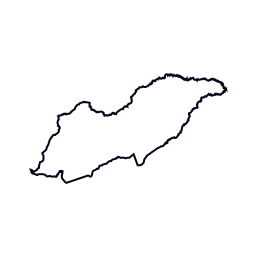 Itiquira, Mato Grosso, Brazil, rotated 161°
{"feature_id": "56859067B35371788967725", "entity_name": "Itiquira", "entity_type": "district", "adm_level": 2, "iso_a3": "BRA", "parent_name": "Brazil", "parent_adm1": "Mato Grosso", "projection": "orthographic", "projection_center": [-54.701, -17.321], "detail": "fine", "context": "isolated", "style": "outline", "palette": "ink", "viewbox_px": 256, "rotation_deg": 161, "n_neighbors": 0, "source": "geoboundaries", "source_scale": "gbopen_adm2", "svg_char_len": 5885}
<svg xmlns="http://www.w3.org/2000/svg" viewBox="0 0 256 256"><g transform="rotate(161 128 128)"><path d="M73.0,165.4L73.6,166.0L74.7,166.3L75.7,165.8L76.5,163.8L76.8,163.5L77.6,163.7L77.9,163.4L78.5,164.3L79.2,163.8L79.8,164.0L80.7,163.8L81.7,165.1L81.8,164.8L82.6,165.0L82.6,164.6L83.5,164.8L83.8,164.4L84.0,164.7L85.1,164.7L86.7,164.3L86.8,163.8L87.3,164.1L87.5,163.7L88.6,164.3L89.0,164.2L89.2,164.6L89.6,164.4L90.4,162.9L90.7,163.3L91.6,162.3L92.3,162.6L92.3,162.1L92.6,161.9L93.1,162.1L94.5,161.8L95.0,161.3L98.1,161.1L99.5,161.5L100.2,162.6L100.6,162.6L101.2,162.2L101.8,162.1L104.1,162.8L104.9,161.8L106.3,161.8L107.4,161.2L107.9,161.3L108.5,160.5L108.4,159.9L109.1,159.6L110.6,158.1L111.7,158.0L113.1,156.8L114.8,156.5L115.2,156.1L114.9,154.8L115.5,153.9L115.5,152.5L116.5,150.9L118.4,150.4L119.6,150.7L119.9,150.2L121.6,149.4L121.7,148.4L122.1,148.8L123.8,149.4L124.2,148.8L125.1,149.0L126.3,148.2L126.6,147.5L129.0,148.0L129.9,147.5L131.8,147.1L133.9,146.0L134.7,145.0L135.1,145.5L136.2,145.7L136.0,146.3L136.2,146.6L136.6,146.3L137.5,146.9L137.7,147.3L138.6,146.9L139.7,146.0L140.7,146.1L140.9,146.5L141.4,146.3L142.4,146.6L142.7,146.3L143.4,146.4L144.8,147.3L145.8,147.3L145.5,147.8L146.5,148.5L146.2,149.5L146.5,149.8L146.2,150.1L147.1,151.8L148.7,152.4L151.0,152.7L151.3,153.1L152.2,152.9L153.1,153.8L153.1,154.3L154.0,154.9L154.0,155.7L154.3,156.1L155.1,156.2L155.5,156.8L156.5,157.0L156.7,157.4L156.2,158.6L156.8,159.5L156.4,160.3L156.7,160.4L156.7,160.8L157.3,161.0L156.5,163.4L156.1,163.8L156.1,164.3L158.2,165.6L159.5,166.0L160.2,166.7L161.2,166.7L161.4,167.2L162.5,167.0L165.4,167.2L166.6,166.3L167.1,166.5L169.0,166.2L169.2,165.8L171.1,164.8L171.8,163.5L174.2,162.6L175.1,162.5L176.1,161.7L176.8,161.8L177.5,160.9L179.2,160.6L180.1,161.1L181.5,160.9L182.5,162.0L183.0,161.5L184.0,162.3L185.1,161.8L185.5,162.3L186.0,162.3L186.3,161.9L187.8,161.8L189.4,162.3L190.2,162.0L189.9,161.6L190.0,160.7L190.7,159.9L190.6,158.8L192.2,157.3L193.0,156.0L192.9,154.1L193.6,153.0L193.3,152.3L192.7,152.0L192.8,151.5L192.4,151.2L192.4,150.3L193.8,148.8L194.1,148.8L194.5,147.2L196.1,146.1L198.6,145.5L199.2,145.1L200.4,145.7L201.5,145.5L202.6,144.4L203.8,144.0L204.4,143.2L206.0,142.2L206.7,140.8L207.6,140.1L208.1,138.9L210.4,136.7L211.0,136.4L212.1,134.4L213.2,133.7L217.1,132.3L217.3,131.6L216.9,129.9L217.4,127.7L218.6,125.1L220.1,124.4L222.4,124.3L224.1,121.5L224.6,121.2L224.9,119.6L225.3,119.2L226.7,119.1L228.0,117.9L231.3,117.5L232.4,118.3L232.4,119.0L232.7,119.7L233.6,120.3L233.6,117.2L233.3,116.4L232.5,115.7L231.7,115.5L229.5,113.2L228.9,113.0L227.9,113.5L224.1,112.3L221.5,110.7L221.1,109.6L220.5,109.0L220.2,108.4L217.6,108.2L217.2,107.5L216.4,107.4L215.4,106.6L212.9,106.1L212.0,105.2L211.2,105.3L210.8,106.2L209.5,106.8L209.6,107.1L208.9,107.2L207.9,108.5L207.0,108.7L206.6,108.4L206.3,108.6L206.2,109.4L205.9,109.3L205.5,108.5L205.3,109.2L204.2,108.7L203.9,108.5L204.8,106.5L206.2,104.4L206.7,102.0L205.1,97.5L204.1,96.2L181.4,96.1L180.6,95.6L179.7,94.3L178.8,94.2L177.8,94.8L175.5,98.3L174.7,98.9L172.3,99.0L170.6,99.6L169.3,99.1L167.1,101.6L164.9,101.1L163.7,101.6L160.9,101.5L160.1,101.2L157.5,102.4L156.1,102.7L154.7,102.2L153.8,102.9L152.7,103.2L149.6,102.9L149.0,103.4L148.3,103.1L147.3,103.9L146.5,103.9L144.7,102.2L142.3,101.6L140.0,100.1L138.9,100.2L136.2,99.5L131.2,101.4L131.0,89.6L128.5,88.8L126.8,89.0L124.5,90.1L122.9,92.9L119.1,95.6L106.6,99.3L104.8,99.4L102.7,99.9L101.8,99.6L100.4,99.6L97.5,101.7L97.2,100.9L96.2,101.2L95.7,101.1L95.0,102.2L95.3,102.7L93.9,103.6L92.6,103.3L92.2,103.4L92.2,103.9L90.7,103.9L89.5,104.4L88.5,103.9L87.4,104.2L87.2,103.5L86.0,103.0L85.2,103.5L84.7,103.5L83.5,104.5L82.4,105.0L82.4,105.8L80.0,106.3L79.4,106.7L79.7,107.1L79.6,107.6L78.8,107.7L78.1,108.3L77.8,109.1L75.7,112.3L74.2,112.3L74.3,112.7L73.5,113.5L72.6,113.1L71.6,113.2L70.8,114.0L70.3,114.1L69.9,114.9L68.6,115.1L68.2,115.7L68.4,116.5L68.2,116.9L67.5,117.1L66.8,118.3L65.7,119.0L65.6,119.8L66.1,120.7L65.5,122.1L64.1,122.0L62.1,123.3L61.3,123.6L61.0,124.6L60.0,125.1L59.3,124.6L58.0,125.2L56.0,124.5L55.6,124.7L55.3,125.7L55.5,126.9L54.6,127.9L54.8,128.1L54.3,128.8L52.7,129.8L51.7,129.6L51.3,130.0L50.1,130.0L50.1,129.7L49.7,129.9L49.8,131.0L49.5,131.1L48.9,132.6L48.2,132.9L46.6,132.1L45.0,132.9L44.3,132.3L43.7,132.7L43.3,132.4L40.9,133.9L40.8,133.5L40.4,133.6L40.1,133.3L40.0,132.8L39.2,133.0L39.2,132.5L38.7,132.7L38.5,132.2L38.0,132.1L37.7,131.8L37.9,131.3L35.4,131.2L35.0,131.6L34.6,130.9L34.2,130.9L33.5,131.8L32.5,130.7L32.4,131.1L30.7,130.2L30.1,129.3L29.0,129.5L28.4,130.1L27.0,130.1L26.6,130.9L25.7,130.8L25.9,131.1L25.1,131.9L23.9,131.7L23.4,132.2L23.5,133.8L22.8,132.7L22.8,133.1L22.4,133.5L23.5,134.3L23.9,134.1L24.2,134.4L23.9,134.8L24.5,134.9L24.2,136.1L24.5,136.7L24.2,137.1L24.7,137.4L24.2,137.7L24.3,138.2L23.9,138.8L24.3,139.8L24.6,139.5L25.3,139.5L25.2,140.0L25.5,141.3L26.1,141.3L26.6,142.0L27.0,141.8L28.2,142.8L27.5,142.8L27.4,143.2L27.7,143.5L29.0,143.8L28.9,144.2L29.4,144.3L29.6,145.1L29.9,145.0L31.3,145.6L31.0,146.6L32.0,146.9L33.1,146.7L33.2,147.2L34.8,146.9L35.0,146.5L35.6,146.4L36.1,146.8L36.7,146.6L38.2,148.1L38.2,148.6L38.8,148.8L38.8,149.5L39.4,149.9L39.9,150.0L39.8,149.5L41.0,150.1L41.6,149.8L42.9,150.4L44.0,150.2L45.5,150.6L45.7,151.2L46.2,151.0L46.7,151.5L47.3,150.5L47.7,151.3L49.1,151.8L49.8,152.4L49.8,153.4L50.1,154.3L51.3,154.3L51.6,154.1L52.8,154.8L53.1,154.7L52.5,154.3L53.2,153.6L54.1,153.9L55.7,153.5L56.4,153.6L56.6,153.8L56.1,154.5L57.4,154.8L56.9,155.5L57.4,155.3L58.5,156.1L58.4,155.5L59.1,155.3L59.8,156.3L59.4,156.4L59.8,157.6L60.3,157.3L60.6,157.5L61.2,158.5L61.0,159.3L62.0,160.3L62.1,159.6L62.5,160.2L63.1,159.7L64.7,161.1L64.8,161.6L64.0,161.4L64.3,162.1L66.2,161.8L66.3,162.2L67.3,162.5L67.5,163.2L68.4,162.5L68.4,163.0L69.6,163.7L69.5,164.2L70.3,164.1L69.9,164.5L70.1,164.8L70.6,164.5L71.0,165.0L71.8,165.2L73.1,164.7L73.0,165.4Z" fill="none" stroke="#020617" stroke-width="2"/></g></svg>